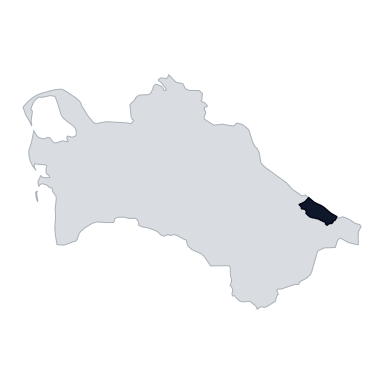 Kerki, Chardzhou, Turkmenistan shown in context
{"feature_id": "10190150B1660542161476", "entity_name": "Kerki", "entity_type": "district", "adm_level": 2, "iso_a3": "TKM", "parent_name": "Turkmenistan", "parent_adm1": "Chardzhou", "projection": "mercator", "projection_center": [64.9, 38.442], "detail": "fine", "context": "in_parent", "style": "filled", "palette": "ink", "viewbox_px": 384, "rotation_deg": 0, "n_neighbors": 0, "source": "geoboundaries", "source_scale": "gbopen_adm2", "svg_char_len": 4471}
<svg xmlns="http://www.w3.org/2000/svg" viewBox="0 0 384 384"><path d="M106.3,121.7L125.4,122.8L131.2,123.6L133.6,120.8L133.5,120.1L132.6,119.6L131.2,117.6L129.9,104.6L131.6,102.8L133.5,101.4L136.2,97.3L137.7,96.0L139.9,95.0L147.2,94.7L150.2,93.9L152.8,89.2L153.4,86.5L155.4,84.3L156.5,84.3L161.4,86.2L162.5,87.2L164.2,90.6L166.0,90.4L166.3,89.8L166.1,89.1L164.7,86.9L161.6,83.0L158.5,80.5L158.3,79.7L160.9,77.8L166.1,78.6L167.4,78.0L168.8,74.8L175.6,81.9L176.9,82.6L182.4,83.5L183.3,84.5L185.2,88.5L187.0,89.6L189.4,90.4L199.1,90.5L202.1,93.2L202.6,93.9L202.0,95.8L201.9,99.4L201.1,100.9L201.6,101.5L205.0,103.0L207.1,105.3L207.3,106.4L206.7,107.0L205.1,106.7L204.3,107.7L204.3,109.6L205.4,111.4L205.8,113.0L204.1,116.8L204.1,118.4L204.6,119.3L213.4,124.9L214.8,125.1L223.2,124.1L224.8,124.7L232.2,125.9L234.2,125.8L235.7,123.9L237.0,123.2L238.3,123.2L241.8,124.3L245.5,126.8L248.0,129.0L249.2,131.0L252.6,142.0L254.8,146.4L257.4,148.8L259.3,153.0L260.8,162.3L261.8,164.1L265.8,167.8L286.3,182.7L292.5,189.4L302.0,195.8L305.5,195.1L313.0,201.9L317.7,204.4L323.8,208.5L336.7,217.7L339.4,218.0L342.5,216.8L345.2,217.5L350.1,219.9L355.2,223.4L359.7,224.6L360.9,226.1L361.0,227.0L358.5,231.4L358.1,237.0L358.4,244.6L357.2,244.7L348.5,242.6L340.3,238.0L338.3,239.5L337.3,241.0L335.3,247.5L324.2,247.9L317.6,251.1L311.6,272.1L310.3,274.7L306.7,278.1L300.3,281.5L299.3,282.8L299.1,284.1L298.3,284.4L294.8,284.4L281.4,289.0L278.5,289.0L277.3,289.3L276.8,290.1L278.3,294.3L277.1,295.5L276.2,297.5L275.6,301.1L266.7,306.7L264.9,307.3L261.4,306.8L259.5,307.4L257.7,309.2L256.8,308.6L256.3,306.8L255.4,305.7L249.9,301.2L243.6,301.9L241.2,301.5L239.4,300.8L236.5,298.2L234.6,295.7L232.7,296.0L232.1,294.8L232.0,293.5L232.6,291.8L232.4,288.7L231.3,286.5L230.0,285.5L231.5,281.9L231.5,279.2L230.6,276.2L230.2,272.0L230.4,267.8L229.2,265.7L210.6,265.9L204.0,256.2L201.3,253.8L192.0,249.7L189.5,247.5L187.4,245.0L186.8,241.7L185.8,239.7L184.3,239.4L177.1,235.5L174.2,234.5L170.2,235.5L167.8,234.4L165.1,235.9L163.9,236.0L160.9,235.0L157.3,231.5L154.2,230.1L147.7,227.8L143.2,227.1L139.2,225.7L138.8,225.2L138.7,222.2L138.1,221.0L137.0,219.5L135.4,218.3L128.5,218.4L125.4,217.3L122.9,217.1L117.4,217.3L115.6,218.2L114.6,219.1L114.0,222.0L113.4,222.5L108.1,222.6L96.8,221.9L92.1,223.4L84.8,227.9L80.6,231.6L79.3,233.3L76.9,240.0L75.8,240.9L74.3,241.7L72.9,241.8L66.2,244.4L63.6,245.1L57.0,244.7L55.4,234.9L54.8,227.1L55.6,216.2L55.2,209.2L56.3,198.5L55.9,195.9L52.5,191.2L52.0,187.9L49.9,187.7L46.5,184.9L43.2,183.9L41.5,183.8L40.0,184.6L38.9,186.2L38.1,183.7L38.1,181.0L40.8,175.6L42.4,177.2L44.5,177.8L49.6,177.5L49.1,175.6L46.4,173.7L45.9,171.2L46.1,168.7L46.8,166.2L46.0,165.2L44.8,164.6L42.0,164.7L34.8,163.8L34.0,166.6L36.0,170.4L32.7,166.1L30.5,161.7L29.0,156.5L28.8,150.9L31.6,141.9L33.8,130.7L36.6,135.4L38.6,137.5L43.1,138.8L45.3,138.5L47.6,137.3L49.8,137.7L53.4,142.5L55.9,143.0L61.2,141.2L63.7,140.8L65.8,141.6L68.1,141.6L67.1,139.4L66.7,137.2L68.0,136.0L72.1,137.3L75.4,136.0L76.0,135.4L76.3,133.5L75.9,129.7L75.1,128.1L73.2,125.8L65.8,120.4L63.4,118.2L61.3,115.4L57.9,104.3L55.4,97.1L54.4,96.2L50.1,95.6L42.0,97.4L39.1,97.0L37.7,97.8L34.4,100.8L32.9,103.4L30.7,109.3L32.4,111.2L31.1,121.1L31.8,125.3L31.6,125.6L29.1,120.3L25.8,115.1L23.0,107.1L27.9,101.8L32.0,98.1L36.5,95.3L41.1,93.4L51.5,90.5L57.3,89.4L61.9,89.2L65.5,91.0L75.3,97.5L79.5,101.1L80.6,102.6L81.8,106.1L88.9,117.4L90.6,119.0L93.3,122.5L96.0,123.6L106.3,121.7ZM37.8,200.4L37.5,201.9L36.2,197.5L35.6,192.7L36.4,191.4L37.3,191.5L36.5,193.2L37.8,200.4Z" fill="#d9dde1" stroke="#a8b0b8" stroke-width="1"/><path d="M307.3,199.2L305.0,201.7L302.8,202.9L299.5,204.4L299.7,204.6L299.5,204.9L300.6,206.2L301.4,207.1L301.5,208.2L301.5,208.7L304.7,209.2L305.2,209.7L306.4,211.3L306.2,212.4L306.1,213.4L307.7,214.9L309.8,216.8L311.3,217.3L312.6,217.7L313.2,217.9L313.3,217.9L314.3,217.7L314.4,217.8L315.6,218.4L316.2,218.5L318.0,218.8L318.4,218.9L320.5,220.1L321.0,220.3L322.6,221.1L323.9,221.7L324.7,221.8L325.6,223.2L325.6,224.1L326.0,224.3L326.4,224.7L327.1,225.2L327.3,225.1L327.9,224.5L328.3,224.2L328.5,224.0L329.3,223.7L329.8,223.5L331.7,223.4L332.3,222.9L332.5,222.6L332.6,222.4L332.7,222.2L333.1,221.7L333.4,221.2L333.6,221.0L334.0,220.6L334.2,220.4L334.3,220.4L335.0,220.2L335.5,219.3L335.9,218.7L336.0,218.5L336.4,217.9L336.7,216.6L330.7,213.2L327.1,210.1L324.1,207.5L321.2,205.6L317.9,204.2L315.0,202.7L313.8,202.1L308.7,197.6L307.3,199.2L307.3,199.2Z" fill="#0f172a" stroke="#020617" stroke-width="1.5"/></svg>